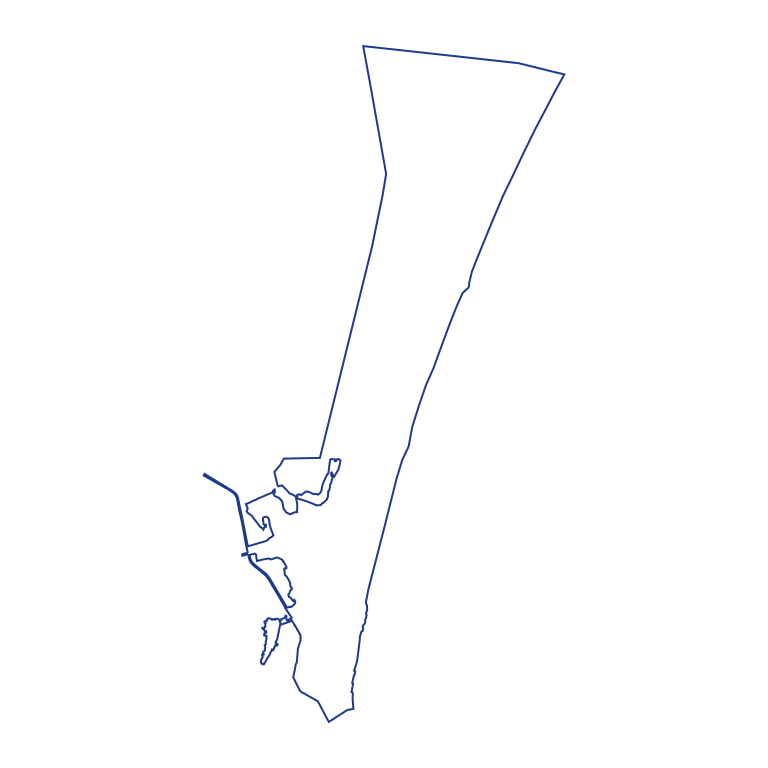 the district of Khur Maksar, `Adan, Yemen
{"feature_id": "15242507B71955992885975", "entity_name": "Khur Maksar", "entity_type": "district", "adm_level": 2, "iso_a3": "YEM", "parent_name": "Yemen", "parent_adm1": "`Adan", "projection": "robinson", "projection_center": [45.028, 12.865], "detail": "fine", "context": "isolated", "style": "outline", "palette": "blue", "viewbox_px": 768, "rotation_deg": 0, "n_neighbors": 0, "source": "geoboundaries", "source_scale": "gbopen_adm2", "svg_char_len": 6098}
<svg xmlns="http://www.w3.org/2000/svg" viewBox="0 0 768 768"><path d="M353.4,708.9L352.6,698.6L352.7,694.8L352.9,693.1L352.2,692.2L351.5,692.1L353.1,683.6L352.2,683.0L354.0,675.2L354.4,675.1L355.3,671.6L354.1,670.7L357.1,661.2L359.9,638.7L359.7,637.3L361.5,631.4L362.8,630.8L363.2,628.3L362.8,627.4L362.8,625.9L364.7,623.6L365.2,621.9L365.1,620.1L366.0,618.0L366.6,614.9L366.0,613.0L367.1,610.4L367.1,607.9L366.9,605.3L366.4,604.3L365.9,602.2L368.3,589.7L384.3,527.6L396.5,478.9L402.2,460.1L408.7,446.3L412.2,427.1L419.0,405.5L425.9,385.3L433.6,367.8L439.0,352.9L449.7,323.9L457.1,305.3L462.7,293.0L466.4,289.4L467.8,288.3L469.1,286.3L469.1,283.3L472.0,271.3L479.3,253.0L491.2,223.9L503.3,195.3L513.1,175.1L523.8,152.4L536.1,127.4L547.1,106.6L554.0,93.3L564.3,74.4L549.9,71.0L545.0,69.7L518.6,63.2L363.2,46.1L369.9,82.6L385.7,171.4L386.1,174.1L382.8,194.2L372.1,246.4L319.9,457.9L283.9,458.6L280.2,465.1L274.4,471.9L277.2,484.0L278.3,486.4L282.0,485.4L287.1,490.5L289.5,493.4L292.0,494.3L295.6,496.4L296.2,498.6L297.2,504.0L297.2,509.3L296.9,511.4L297.1,512.1L295.0,512.2L290.0,514.3L286.1,512.3L285.1,510.6L283.7,509.2L282.1,501.1L280.2,499.2L279.3,498.0L274.7,496.0L273.6,494.0L274.2,493.4L274.8,492.3L274.8,490.5L274.6,489.5L273.1,490.6L272.5,492.4L258.2,498.5L255.2,500.1L253.2,500.7L249.6,502.6L245.9,504.1L247.5,507.8L247.5,509.3L246.8,510.8L246.7,511.5L248.5,513.6L249.4,513.7L250.3,514.8L251.9,516.0L260.3,527.0L262.6,528.3L263.3,529.6L264.6,527.2L265.2,526.8L266.0,526.7L265.9,524.8L264.6,525.2L263.6,524.3L263.6,523.1L263.3,521.8L263.0,520.2L263.0,518.0L264.1,517.1L265.0,516.9L266.4,516.8L267.6,517.4L268.3,518.2L269.0,519.6L269.4,521.9L269.7,524.8L270.5,527.7L272.9,534.0L273.4,535.5L271.5,537.0L269.0,538.5L267.2,540.4L265.8,541.1L247.8,546.3L241.4,513.7L239.6,505.9L237.9,497.4L237.1,495.7L236.2,494.1L234.6,492.5L233.1,491.3L204.6,473.9L203.7,475.5L227.5,489.0L232.7,492.3L234.0,493.5L235.0,494.7L236.1,496.4L236.9,498.2L239.8,513.3L240.9,517.5L242.5,525.2L246.3,546.4L247.7,552.1L246.9,553.0L243.8,553.7L242.2,554.3L242.4,555.8L247.3,554.4L248.3,555.0L248.9,558.0L249.4,559.6L249.9,560.8L251.3,563.2L253.6,565.5L258.6,569.7L263.0,573.2L266.3,576.2L268.4,579.0L271.1,583.4L271.9,584.9L279.1,596.9L284.8,606.8L285.3,608.2L291.6,617.6L291.5,618.6L291.1,619.1L290.7,618.6L288.4,619.8L288.5,620.3L287.2,620.5L286.7,620.0L286.3,617.9L286.1,617.7L286.5,616.2L286.2,615.8L285.8,615.6L285.5,615.7L285.1,616.7L285.6,617.2L285.6,617.6L282.4,618.8L281.6,619.0L281.5,619.6L280.8,619.9L280.4,619.9L280.1,620.3L280.5,622.8L280.0,622.8L279.6,620.1L277.7,618.7L275.1,618.9L275.2,619.6L272.2,619.6L272.3,619.1L268.8,618.3L268.4,618.5L268.3,618.3L267.3,618.9L267.0,619.4L266.8,620.4L266.6,621.1L265.7,621.0L265.2,621.2L264.5,621.6L264.3,622.1L264.4,622.5L264.8,623.0L265.7,623.3L265.1,625.6L265.3,626.6L264.3,627.7L264.0,627.9L262.4,627.8L262.2,628.3L262.3,628.4L263.9,628.6L264.2,628.8L264.1,629.3L263.3,629.1L263.4,629.5L264.1,629.7L264.8,631.2L265.3,631.6L265.9,631.2L266.1,631.4L266.3,631.7L266.4,632.0L266.3,632.3L265.8,632.4L265.5,633.4L264.7,633.1L264.4,633.4L264.0,635.0L264.1,635.3L264.7,635.6L266.5,636.0L266.3,640.0L266.1,640.6L265.7,641.4L265.8,642.9L265.7,644.3L264.7,645.2L265.1,645.6L265.2,646.7L265.1,648.9L264.9,649.2L264.8,649.8L265.0,650.2L264.9,650.4L264.5,651.0L264.0,651.2L263.2,651.9L263.0,652.6L263.7,654.2L263.7,654.5L262.2,654.4L262.1,654.9L262.7,655.6L262.6,655.9L262.4,656.1L262.6,656.7L262.5,657.6L262.2,658.3L261.9,658.3L261.2,659.6L260.9,661.1L260.8,661.7L261.4,663.4L263.0,664.4L263.4,664.2L263.4,663.9L264.1,664.1L267.6,657.8L269.5,655.1L269.6,654.5L271.4,651.0L272.0,649.5L273.1,650.2L273.8,648.5L274.8,648.7L274.1,648.2L274.6,646.9L275.0,646.5L275.1,646.3L274.9,646.0L275.3,645.7L275.5,645.0L276.0,644.9L276.4,645.3L277.1,645.5L277.6,645.1L277.6,644.4L277.4,644.1L277.0,643.9L276.7,643.9L276.3,644.1L276.1,644.1L276.4,643.5L275.5,642.5L277.2,639.2L280.1,624.9L289.1,621.9L291.4,620.8L292.0,620.8L294.7,625.1L294.6,625.7L294.9,626.0L295.2,625.9L297.1,629.0L297.0,629.5L297.6,630.1L299.4,633.1L299.3,633.5L299.9,633.9L300.3,634.7L300.5,635.9L300.5,636.5L300.3,636.9L300.3,637.3L300.6,637.6L300.6,638.8L300.5,640.5L297.9,648.7L297.0,660.1L296.7,662.5L295.7,664.6L294.7,670.3L293.2,677.2L299.7,690.4L302.6,693.0L304.2,693.4L305.5,694.3L317.9,701.3L328.8,721.9L347.3,710.0L353.4,708.9ZM254.8,553.6L256.0,554.5L256.3,557.0L257.0,561.0L262.4,559.6L269.0,558.4L270.2,559.4L272.2,559.1L275.5,557.9L277.1,557.5L278.6,558.0L282.2,559.7L282.6,560.6L283.6,561.3L283.4,561.9L284.4,563.0L285.2,564.6L286.4,566.7L286.4,568.2L284.2,568.5L284.9,575.0L286.7,576.5L289.0,580.5L290.3,583.6L290.1,584.9L291.0,587.3L291.9,588.1L291.8,589.5L290.4,590.3L289.3,593.3L288.4,594.5L288.8,596.7L290.4,597.4L291.5,599.0L292.3,599.7L292.7,600.6L293.0,600.9L293.5,601.1L294.1,600.4L294.2,601.0L294.6,601.0L294.9,600.8L295.1,601.2L294.9,601.6L295.3,602.8L294.7,603.8L293.4,605.2L291.0,607.1L290.4,606.9L290.1,607.0L289.1,606.9L287.9,607.5L287.1,607.6L286.0,605.7L282.4,599.9L269.7,578.4L267.1,575.0L265.3,573.2L261.1,570.0L253.8,564.0L252.2,562.2L251.2,560.8L250.6,559.1L249.5,554.9L254.8,553.6ZM323.0,483.6L325.7,477.3L326.5,476.2L326.9,474.6L328.4,473.4L329.5,464.2L330.2,459.7L330.5,459.3L331.1,459.1L334.7,459.3L335.2,460.1L335.0,461.1L336.1,461.0L336.6,459.5L337.5,459.1L338.6,459.1L338.8,459.5L339.4,459.5L340.5,460.4L340.5,461.1L339.9,463.6L339.8,464.5L338.3,469.7L334.1,476.8L333.4,476.8L333.2,475.6L331.7,472.6L331.1,473.2L332.0,474.9L331.8,475.0L331.3,474.8L331.2,475.4L332.6,476.8L332.5,477.4L332.1,479.4L331.6,481.0L331.1,483.1L330.2,484.2L329.8,487.7L329.0,490.8L328.4,491.0L328.2,491.4L328.3,492.0L328.1,492.7L328.3,493.3L327.9,494.4L328.1,496.2L327.4,498.0L327.0,498.5L327.1,499.1L326.6,499.8L323.2,503.0L322.1,503.3L321.4,504.4L320.2,505.3L317.1,505.2L316.1,505.4L315.4,504.9L314.0,504.2L308.2,501.9L301.5,499.6L298.7,499.0L297.7,498.5L297.2,496.7L297.2,495.0L299.0,494.2L301.1,495.1L305.4,491.9L306.5,491.5L308.6,491.7L310.0,492.5L313.7,494.1L316.0,493.9L317.5,494.5L318.3,494.5L320.1,493.0L321.6,490.1L322.2,485.9L323.0,483.6Z" fill="none" stroke="#1e3a8a" stroke-width="2"/></svg>